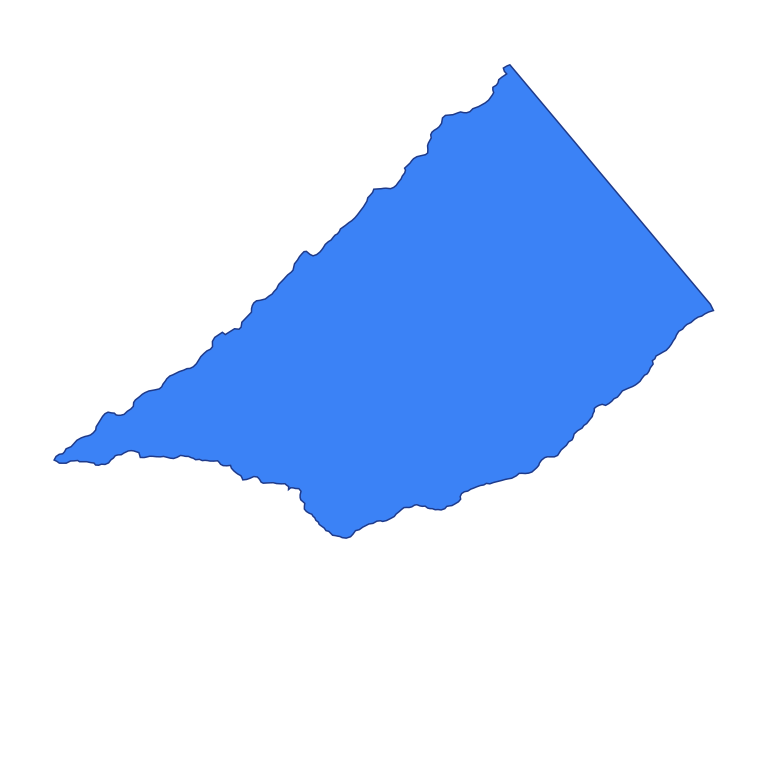 Bom Jesus das Selvas, Maranhão, Brazil, rotated 230°
{"feature_id": "56859067B7435472953251", "entity_name": "Bom Jesus das Selvas", "entity_type": "district", "adm_level": 2, "iso_a3": "BRA", "parent_name": "Brazil", "parent_adm1": "Maranhão", "projection": "equal_earth", "projection_center": [-46.671, -4.525], "detail": "fine", "context": "isolated", "style": "filled", "palette": "blue", "viewbox_px": 768, "rotation_deg": 230, "n_neighbors": 0, "source": "geoboundaries", "source_scale": "gbopen_adm2", "svg_char_len": 5271}
<svg xmlns="http://www.w3.org/2000/svg" viewBox="0 0 768 768"><g transform="rotate(230 384 384)"><path d="M235.3,685.3L243.3,685.3L245.8,685.3L282.3,685.3L344.7,685.4L380.1,685.4L409.5,685.4L444.3,685.6L506.5,685.6L547.6,685.6L548.6,682.7L549.3,678.5L546.1,677.2L542.7,677.3L543.3,671.5L543.4,667.6L541.4,664.8L540.7,662.2L541.3,658.1L539.3,656.4L536.7,655.3L535.7,652.6L534.2,646.6L534.3,642.1L535.7,634.8L537.8,629.0L537.4,624.8L538.7,621.6L540.6,619.5L543.2,617.5L544.2,615.0L546.0,609.9L550.3,603.7L550.2,599.8L546.7,595.7L545.6,591.7L545.6,588.8L546.1,585.5L546.1,582.6L544.9,580.0L542.1,578.3L540.0,572.8L538.5,570.5L535.4,568.3L532.9,566.0L533.0,563.2L534.9,559.5L537.0,555.3L537.6,551.5L537.2,548.6L536.5,546.0L536.1,538.5L534.1,538.0L532.4,535.6L531.5,531.6L530.1,528.9L529.3,524.8L528.3,520.9L528.4,517.7L529.4,514.6L532.8,511.3L534.2,509.4L535.4,507.4L539.8,501.4L538.1,498.5L537.5,495.0L537.1,491.3L535.0,488.4L532.9,482.1L531.8,477.2L530.6,472.1L530.0,468.4L529.8,464.2L530.2,460.9L530.3,456.1L530.8,450.3L529.6,448.0L528.9,444.8L529.5,442.2L529.1,439.6L528.3,436.0L528.8,432.8L528.7,428.7L527.4,424.9L526.7,422.2L526.3,419.6L526.4,415.6L527.8,412.0L530.9,410.6L535.5,409.8L536.8,407.8L536.5,404.8L535.9,401.2L534.6,397.5L533.6,392.7L529.7,387.5L529.3,384.8L529.5,380.6L529.1,377.2L528.7,374.5L528.0,367.6L527.1,365.3L526.0,363.1L525.5,359.0L524.8,356.0L525.3,352.5L525.4,347.8L527.8,342.8L529.7,339.8L529.8,336.4L528.7,333.5L526.9,331.0L524.2,328.6L522.7,314.8L520.9,312.8L519.4,311.0L519.2,308.1L522.4,305.0L523.9,294.2L527.5,293.4L528.5,284.3L526.9,279.9L522.8,276.6L522.2,273.4L523.2,269.6L523.1,265.6L522.7,261.2L521.1,256.4L520.1,253.3L519.8,248.9L520.6,245.5L522.4,243.0L523.4,239.4L525.1,235.1L526.8,228.0L527.8,225.1L527.6,220.9L526.8,218.4L526.0,214.7L524.7,211.9L524.7,208.7L526.7,204.8L529.8,199.4L531.0,195.4L531.5,192.3L531.4,188.4L531.6,183.3L530.8,180.4L528.0,177.6L527.6,173.9L528.1,169.9L527.8,165.4L529.3,162.2L530.9,160.2L532.5,158.9L535.0,158.7L537.0,156.7L539.8,154.5L540.6,151.2L540.1,147.7L537.8,140.8L536.3,136.1L534.1,133.6L533.5,130.0L533.6,126.5L534.6,123.9L536.0,121.2L537.4,117.3L538.3,112.6L537.1,104.1L538.7,98.8L537.4,95.6L537.1,93.0L538.9,90.0L539.3,86.2L537.8,82.4L535.0,83.7L532.1,84.4L529.9,86.9L527.6,89.7L526.5,94.4L524.4,97.1L522.3,100.2L520.2,100.8L518.1,103.3L515.6,106.3L512.4,108.7L509.9,111.0L507.3,111.0L505.2,113.2L504.2,116.0L501.7,118.6L500.6,122.3L501.4,126.0L501.2,129.1L501.8,132.1L500.7,134.6L498.7,137.3L498.3,140.4L497.1,145.1L495.5,147.5L493.7,149.2L491.3,150.7L489.0,152.1L486.8,151.2L484.4,150.1L481.9,152.9L480.7,155.1L479.3,158.0L477.2,160.4L474.8,162.7L472.0,165.8L470.2,168.6L467.7,170.4L464.6,172.6L462.2,174.9L460.8,178.5L460.1,182.2L458.1,184.0L456.3,185.3L454.2,187.7L451.6,188.9L449.7,190.2L447.1,191.0L444.9,194.2L442.1,195.6L440.6,197.8L438.8,199.6L436.8,201.2L434.4,204.0L432.1,207.2L429.7,207.4L427.6,207.2L424.9,208.3L422.4,211.0L420.3,214.1L417.7,213.0L414.0,213.1L411.2,213.6L408.8,214.2L405.9,215.4L403.7,215.0L401.3,214.2L399.2,217.4L397.9,220.8L396.8,224.8L394.2,227.2L391.9,227.4L389.9,227.2L387.8,226.8L385.7,227.7L383.6,230.5L381.7,233.0L379.6,235.7L376.8,237.7L373.5,241.2L371.3,244.0L369.0,244.4L366.7,245.0L364.5,243.0L364.5,245.8L362.9,247.6L360.9,249.0L358.6,251.5L355.2,251.5L353.0,248.5L350.8,246.7L348.7,245.8L346.3,246.2L343.5,246.6L341.7,244.6L339.4,242.6L336.3,242.6L333.2,243.6L330.6,245.0L328.3,244.6L326.1,245.0L323.4,244.2L320.4,244.9L318.1,244.1L315.6,244.7L312.1,245.6L309.0,245.3L306.6,247.0L304.0,247.2L301.2,247.4L299.2,249.2L297.5,250.5L295.5,252.2L293.2,253.2L290.2,256.0L288.5,260.2L288.9,263.7L290.0,267.9L288.3,271.4L288.0,275.7L287.2,279.1L286.5,282.4L284.3,286.0L283.5,290.4L281.5,293.4L279.6,294.6L277.8,298.1L276.7,302.7L275.9,306.7L276.6,309.7L276.5,313.5L276.6,316.7L276.5,319.8L275.0,321.9L273.2,323.9L272.0,326.4L271.6,329.5L270.4,331.6L267.5,333.2L265.6,334.8L264.0,337.0L260.9,337.7L259.1,339.0L257.4,340.9L254.8,342.4L253.1,344.7L250.8,346.8L249.4,350.4L249.9,353.4L248.7,355.6L247.2,357.9L246.6,360.9L245.9,365.3L246.5,368.7L248.8,370.0L250.2,373.0L249.8,376.3L248.1,379.4L247.7,382.8L246.6,385.9L245.7,388.8L244.3,392.6L242.5,395.6L242.1,398.5L239.5,400.9L238.1,404.7L236.0,409.0L234.4,412.3L233.0,415.5L231.4,418.4L229.7,421.3L228.6,426.4L228.7,430.0L227.0,432.2L224.6,434.7L222.7,437.6L221.5,440.8L221.6,444.7L221.7,447.4L222.2,450.2L223.5,452.3L224.4,455.7L224.3,459.8L223.2,462.4L221.1,464.8L218.7,467.7L217.7,471.1L218.9,474.9L219.6,477.3L219.7,480.1L219.8,484.3L221.0,488.3L220.3,492.2L221.4,494.6L223.5,497.5L223.8,502.3L222.9,507.4L223.8,510.5L223.4,513.8L224.0,516.7L224.6,519.4L225.2,522.6L226.9,525.0L228.0,527.6L230.1,529.4L230.1,532.1L229.5,535.0L228.2,538.1L225.2,540.0L224.5,543.7L224.4,547.4L224.9,550.6L223.9,554.4L224.6,558.3L225.5,562.2L224.8,564.7L223.8,568.2L222.3,572.8L221.7,575.8L221.5,578.6L221.5,581.9L222.5,585.3L223.3,589.2L222.6,592.2L223.5,595.2L225.2,598.4L226.3,603.0L229.4,604.6L229.2,607.7L230.6,610.4L229.7,614.8L229.1,618.4L228.4,621.8L228.9,626.1L229.8,629.7L231.1,633.2L232.0,636.7L233.5,639.4L234.9,643.7L234.1,648.0L234.8,651.2L234.9,654.4L233.8,658.6L233.9,663.6L233.3,667.8L231.8,671.1L231.5,674.7L230.5,678.9L228.5,683.6L235.3,685.3Z" fill="#3b82f6" stroke="#1e3a8a" stroke-width="1.5"/></g></svg>